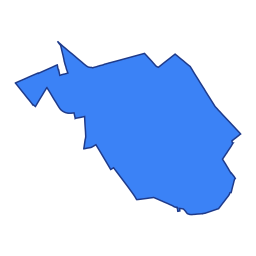 Barcanesti, Prahova, Romania (orthographic projection)
{"feature_id": "2599482B47702266921229", "entity_name": "Barcanesti", "entity_type": "district", "adm_level": 2, "iso_a3": "ROU", "parent_name": "Romania", "parent_adm1": "Prahova", "projection": "orthographic", "projection_center": [26.058, 44.879], "detail": "fine", "context": "isolated", "style": "filled", "palette": "blue", "viewbox_px": 256, "rotation_deg": 0, "n_neighbors": 0, "source": "geoboundaries", "source_scale": "gbopen_adm2", "svg_char_len": 5243}
<svg xmlns="http://www.w3.org/2000/svg" viewBox="0 0 256 256"><path d="M235.3,178.5L234.7,177.5L233.9,176.3L233.3,175.5L232.3,174.3L231.7,173.5L231.2,172.9L231.0,173.1L230.9,172.9L230.7,172.7L229.3,170.4L228.0,168.1L227.0,166.5L225.6,164.1L223.5,160.8L222.5,159.1L223.2,158.1L223.7,157.4L225.1,155.3L226.0,153.9L226.3,153.6L226.7,153.0L227.2,152.2L227.4,151.8L227.8,151.2L228.3,150.5L228.8,149.7L229.4,148.8L229.6,148.6L229.7,148.4L229.9,148.1L230.1,147.8L231.2,146.1L231.7,145.2L232.8,143.4L233.1,143.0L232.4,143.0L232.3,142.7L232.2,142.2L232.1,141.7L232.0,141.3L231.9,141.0L232.0,140.9L232.2,140.7L232.3,140.6L232.4,140.4L232.5,140.4L232.7,140.2L232.8,140.2L233.0,140.0L233.5,139.6L233.9,139.3L234.2,139.0L234.5,138.8L234.7,138.6L234.9,138.4L235.1,138.4L236.7,137.1L238.5,135.7L239.9,134.5L240.6,134.0L239.4,132.6L230.9,123.5L222.6,114.7L219.9,111.7L218.4,110.2L217.5,109.1L215.9,107.4L215.1,106.6L214.2,105.1L210.8,99.7L209.3,97.3L208.6,96.2L207.5,94.5L207.1,93.8L206.0,92.1L204.5,89.6L204.2,89.0L203.5,88.0L201.3,84.5L199.7,82.0L198.9,80.6L194.6,73.8L193.1,71.3L192.3,69.9L190.3,66.7L190.2,66.5L188.9,65.5L186.8,63.8L184.9,62.2L183.3,60.8L181.4,59.3L179.3,57.6L177.2,55.8L175.8,54.7L175.1,54.1L173.7,55.2L169.9,58.2L168.5,59.3L164.5,62.4L160.4,65.7L158.3,67.3L157.2,66.8L156.4,66.4L156.0,66.0L155.3,65.3L154.3,64.1L153.7,63.5L152.0,61.5L149.6,58.9L148.0,57.2L147.3,56.4L146.2,55.2L145.6,54.6L145.1,54.1L145.0,53.9L144.5,53.4L116.6,61.0L109.4,62.9L108.9,63.0L108.5,63.1L108.1,63.3L106.8,63.6L106.0,63.9L105.2,64.0L104.1,64.4L103.9,64.5L103.5,64.7L102.9,64.9L102.3,65.1L101.8,65.2L101.3,65.3L100.4,65.5L99.9,65.6L99.4,65.8L98.8,66.0L98.2,66.1L97.7,66.3L97.3,66.5L96.2,66.8L95.1,67.1L94.0,67.3L93.8,67.4L93.4,67.6L93.0,67.7L92.4,67.8L91.6,67.4L90.4,67.4L88.4,67.1L86.6,66.1L83.6,63.7L81.8,62.1L78.8,59.6L76.3,57.5L75.3,56.6L73.9,55.4L71.9,53.7L70.2,52.4L69.1,51.5L67.1,49.8L66.7,49.4L64.7,47.7L63.3,46.6L61.4,44.9L60.3,43.9L59.1,42.9L58.8,42.6L57.8,41.6L57.5,41.3L57.7,41.6L58.6,42.9L58.9,43.3L59.3,43.8L59.7,44.3L60.1,44.7L60.3,45.0L60.5,45.2L60.6,45.4L60.6,45.6L60.8,46.1L60.9,46.6L62.6,53.8L62.9,54.9L63.1,55.8L63.9,59.4L64.2,61.2L64.6,62.6L64.9,63.9L65.1,64.5L65.3,65.1L65.5,65.8L65.7,66.2L66.0,67.4L66.4,69.0L67.9,73.0L67.3,73.2L66.6,73.4L66.2,73.6L65.3,73.8L64.8,74.0L64.5,74.1L64.3,74.1L64.2,74.1L63.9,74.1L63.7,74.2L63.1,74.3L62.9,74.4L62.4,74.5L62.0,74.6L61.4,74.8L61.0,75.0L60.7,75.1L60.2,75.3L59.8,75.4L58.7,70.2L58.5,70.3L57.6,67.2L57.7,66.9L57.5,66.3L57.3,64.9L57.2,64.9L56.0,65.4L51.7,67.4L43.6,71.0L38.5,73.3L38.3,73.4L38.1,73.0L32.3,75.5L15.5,82.9L15.4,83.0L16.7,84.6L18.6,87.0L21.7,90.9L24.3,94.1L25.3,95.4L27.6,98.3L28.9,99.8L30.5,101.8L32.4,104.2L32.8,104.7L32.7,104.8L32.8,104.9L33.0,104.6L35.4,106.5L36.8,104.2L39.8,99.1L42.4,94.9L44.0,92.2L46.7,87.8L46.9,87.6L49.1,91.1L49.8,92.2L51.1,94.4L52.8,97.3L54.3,99.8L56.0,102.4L56.8,103.8L58.1,105.9L59.1,107.5L59.6,108.2L59.9,108.6L60.5,109.4L61.0,109.9L61.5,110.3L62.4,111.0L62.7,111.2L63.2,111.5L63.7,111.8L64.2,112.0L64.8,112.3L65.5,112.6L66.3,112.8L67.1,113.0L67.6,113.1L67.9,113.1L68.2,113.2L69.1,113.2L69.8,113.2L70.4,113.2L71.0,113.2L71.7,113.1L73.2,113.0L74.0,112.9L75.0,117.3L75.2,118.4L75.3,118.3L78.9,117.7L81.0,117.3L82.7,116.9L84.6,116.5L84.6,117.2L84.7,118.2L84.7,119.0L84.8,120.6L85.0,124.5L85.5,131.9L85.6,134.2L85.7,135.8L85.7,136.2L85.7,136.5L85.7,136.8L85.7,137.2L85.5,137.9L85.5,138.4L85.3,139.0L85.2,139.4L84.5,144.0L84.2,146.2L84.1,147.0L83.8,148.5L83.8,148.8L84.0,148.8L84.3,148.7L84.7,148.7L85.1,148.6L87.8,148.0L88.8,147.9L89.7,147.7L90.5,147.6L90.8,147.5L91.2,147.4L91.4,147.3L91.7,147.2L92.0,147.0L93.4,146.2L94.1,145.8L95.4,145.0L95.9,144.7L99.5,150.6L110.7,169.5L113.6,167.8L127.7,186.5L131.9,192.3L133.6,194.7L134.8,196.5L135.8,198.2L136.4,199.2L136.6,199.6L137.5,199.6L146.9,198.4L149.5,198.0L152.1,197.7L153.4,197.5L153.8,197.5L156.1,198.5L158.0,199.3L160.2,200.3L161.1,200.7L161.9,201.0L163.6,201.8L166.9,203.2L167.9,203.6L169.3,204.3L170.9,205.0L171.2,205.1L172.1,205.5L172.6,205.8L173.3,206.2L173.7,206.5L174.5,206.9L175.2,207.1L175.3,207.2L175.7,207.2L176.7,207.2L176.9,207.2L177.0,207.9L177.4,207.9L177.7,210.8L177.8,211.3L178.0,211.3L178.4,211.2L179.0,211.1L179.3,211.0L179.5,210.9L179.8,210.9L179.8,209.9L179.7,209.7L179.7,209.4L179.5,208.8L179.5,208.7L179.4,208.4L179.8,208.4L180.3,208.5L181.2,208.6L181.9,208.7L182.3,208.8L182.9,208.9L183.4,209.0L183.6,209.2L184.3,209.9L184.8,210.5L185.0,210.6L186.4,212.5L187.2,213.5L187.5,213.7L188.3,214.0L188.9,214.2L189.9,214.5L191.8,214.6L192.7,214.5L193.5,214.4L194.0,214.4L195.4,214.3L196.8,214.1L198.4,214.0L199.9,213.9L200.8,213.8L201.4,213.8L201.8,213.7L202.1,213.7L202.4,213.7L202.7,213.8L202.9,213.5L203.8,213.4L204.3,213.3L204.9,213.3L206.3,212.8L210.5,211.4L212.2,210.8L213.4,210.4L213.7,210.3L216.9,209.2L218.6,208.7L218.9,208.2L220.1,206.7L222.8,203.1L223.7,202.0L226.2,198.7L228.3,196.0L228.7,195.5L228.8,195.3L229.0,194.8L229.3,194.4L229.6,193.6L229.8,193.0L229.9,192.9L230.0,192.7L230.3,192.6L230.6,192.6L230.9,192.6L231.1,192.6L231.2,192.2L231.5,191.2L231.8,189.9L232.3,187.9L232.6,186.6L232.9,185.5L233.1,184.8L233.4,183.6L233.7,182.5L233.8,181.8L234.1,180.9L234.2,180.5L234.3,179.9L234.7,179.2L234.8,178.9L235.3,178.5Z" fill="#3b82f6" stroke="#1e3a8a" stroke-width="1.5"/></svg>